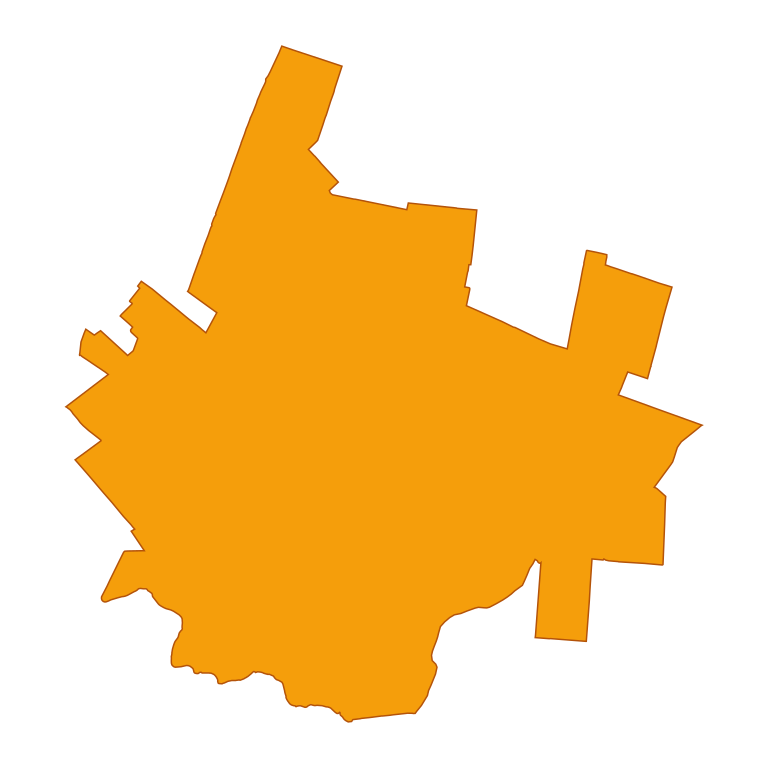 Ileana, Calarasi, Romania
{"feature_id": "2599482B99093410988413", "entity_name": "Ileana", "entity_type": "district", "adm_level": 2, "iso_a3": "ROU", "parent_name": "Romania", "parent_adm1": "Calarasi", "projection": "orthographic", "projection_center": [26.682, 44.52], "detail": "fine", "context": "isolated", "style": "filled", "palette": "amber", "viewbox_px": 768, "rotation_deg": 0, "n_neighbors": 0, "source": "geoboundaries", "source_scale": "gbopen_adm2", "svg_char_len": 6090}
<svg xmlns="http://www.w3.org/2000/svg" viewBox="0 0 768 768"><path d="M586.3,641.3L589.3,601.2L590.2,585.8L592.0,559.0L593.5,559.1L603.1,560.0L603.9,559.0L605.7,560.1L608.8,560.8L618.2,561.6L618.6,561.8L644.5,563.4L662.3,565.0L662.8,564.7L663.0,564.5L664.6,524.8L665.3,502.6L665.7,496.4L657.2,488.8L656.0,488.0L654.2,487.3L670.7,464.8L672.6,462.0L672.8,461.5L674.3,457.1L677.3,447.5L678.7,445.4L681.0,442.2L681.5,441.6L696.5,429.6L700.9,425.9L702.1,425.2L659.6,409.9L618.3,394.9L621.5,387.7L622.4,385.2L627.7,372.0L647.5,378.6L650.6,367.0L651.0,366.5L651.0,365.4L651.4,363.9L656.3,346.0L656.5,344.9L663.5,316.8L665.9,308.0L672.0,287.1L659.2,283.2L638.9,276.1L631.7,273.7L631.5,273.8L616.9,268.8L611.0,266.9L606.4,265.2L605.4,265.0L605.9,261.3L606.8,257.1L606.8,255.9L606.8,254.7L602.3,253.6L596.5,252.3L587.0,250.4L586.8,250.5L586.5,250.7L583.9,262.8L583.9,263.4L583.9,264.3L582.8,268.7L578.6,291.2L575.0,308.0L571.6,325.1L569.3,337.9L567.2,348.9L550.4,343.9L538.8,338.9L514.9,327.4L513.5,327.2L502.8,321.9L466.4,305.7L469.7,289.9L469.8,288.7L469.7,288.2L469.1,287.7L464.7,286.9L467.6,272.1L468.1,270.9L468.9,264.7L470.8,264.7L472.0,255.7L473.2,245.4L476.8,210.0L457.1,208.3L456.4,208.0L408.3,203.0L406.8,209.7L371.1,202.4L355.3,199.2L353.9,199.1L332.6,194.8L331.8,194.3L330.3,193.0L329.3,190.5L338.3,182.1L320.2,162.5L320.3,162.4L314.9,156.2L314.4,155.9L309.2,150.3L308.4,149.4L315.6,142.5L317.6,140.4L322.8,125.1L324.9,118.5L325.6,116.6L326.2,115.3L330.6,101.3L333.5,93.3L334.2,91.0L334.6,88.9L342.0,66.2L292.2,49.7L281.8,46.1L279.1,52.7L270.3,71.5L268.1,75.8L265.8,78.9L265.7,79.6L265.7,80.6L265.6,81.8L264.7,83.9L262.3,88.8L260.7,92.2L259.8,94.6L257.4,100.1L256.5,103.2L253.4,111.2L250.8,117.1L250.5,117.5L249.6,120.3L247.7,125.4L246.3,128.6L244.5,134.1L241.1,143.1L241.1,143.5L237.6,153.3L231.8,169.0L229.5,176.1L227.3,182.3L223.5,192.6L221.0,199.1L215.6,213.5L216.0,214.8L215.7,215.0L215.0,216.1L213.7,218.5L212.6,221.6L211.8,223.7L211.7,224.6L211.9,225.8L211.7,226.3L211.3,226.6L210.6,228.2L208.2,235.3L204.8,243.9L202.1,251.7L201.9,253.3L200.8,255.7L199.6,258.8L194.6,272.6L194.3,273.3L189.3,287.8L188.3,290.4L187.6,291.4L189.8,293.1L216.8,312.7L205.9,332.8L202.2,329.8L199.7,327.5L188.5,318.9L171.1,304.5L165.2,299.8L152.3,289.1L141.3,281.3L137.7,286.1L139.7,288.2L129.6,300.9L129.6,301.2L129.7,301.5L132.0,303.2L132.1,303.6L131.9,304.1L121.5,314.4L120.2,316.0L128.5,323.3L132.6,327.1L130.7,329.8L130.6,330.7L130.8,331.5L131.4,332.4L137.5,338.0L137.7,338.6L133.4,350.3L132.9,351.1L127.6,355.5L125.9,353.8L100.6,330.7L97.3,332.9L94.3,335.1L85.8,329.2L84.1,333.3L81.0,342.0L79.9,352.5L79.5,354.9L79.6,355.3L80.1,355.1L80.6,355.3L82.3,356.7L86.4,359.4L105.1,372.0L108.3,374.5L65.9,406.8L67.0,407.4L67.8,408.1L70.1,409.8L70.9,410.7L72.0,412.1L73.0,413.7L77.4,418.8L80.3,422.7L83.2,425.7L88.6,430.5L100.9,440.1L101.0,440.8L75.1,459.8L88.1,474.7L104.1,493.5L111.8,502.3L123.5,516.5L130.9,524.6L132.7,526.9L134.7,529.1L131.2,531.2L144.3,550.7L127.8,551.0L124.7,551.2L124.1,551.7L123.5,552.5L122.0,555.5L109.9,580.1L107.1,586.1L101.6,596.7L101.5,597.3L101.5,598.9L102.1,600.4L103.3,601.5L104.9,602.0L106.3,601.8L108.7,600.9L110.7,599.9L117.7,597.8L121.8,596.7L123.5,596.5L125.0,596.2L127.2,595.4L128.4,594.8L134.1,591.7L135.7,591.0L137.0,590.2L138.6,588.7L140.5,588.4L143.4,588.8L146.0,588.8L146.7,589.1L147.3,589.7L147.7,590.5L149.8,591.8L150.4,592.4L151.7,593.2L152.3,594.5L152.4,595.0L152.4,595.9L152.8,596.8L158.4,604.0L159.2,604.8L160.6,605.8L163.6,607.5L166.0,608.6L170.7,609.9L173.5,611.2L179.1,614.8L181.0,616.7L182.1,618.6L182.4,622.9L182.1,626.1L182.1,627.7L182.3,628.5L182.0,629.7L180.4,631.3L179.2,633.1L178.2,636.9L177.7,637.9L175.4,641.0L174.7,642.2L173.7,644.9L172.5,649.0L171.9,652.7L171.9,653.5L171.7,654.9L171.3,656.5L171.4,658.1L171.3,661.1L171.4,663.2L171.7,664.3L172.1,665.2L172.9,666.0L174.1,666.9L175.4,667.2L181.1,666.7L186.4,665.5L188.2,665.6L190.0,666.2L192.6,668.2L193.2,669.0L194.0,672.2L194.5,672.9L195.4,673.3L197.1,673.6L198.2,673.5L200.0,672.3L201.2,672.3L202.1,673.0L202.6,673.0L208.7,673.0L211.2,673.2L213.6,674.3L214.5,674.9L215.5,676.0L216.4,677.2L216.7,677.9L217.2,678.5L217.8,680.5L217.7,681.3L218.1,683.0L218.5,683.4L219.5,683.6L222.1,683.8L223.3,683.2L224.3,683.0L228.0,681.3L231.8,680.5L235.6,680.5L236.6,680.3L238.9,680.0L239.5,680.0L239.8,680.2L240.2,680.2L243.9,678.8L244.8,678.2L246.4,677.4L246.8,677.0L247.6,676.7L248.0,676.3L248.2,676.2L251.1,673.8L253.1,671.9L253.9,671.5L255.1,672.0L255.5,672.5L257.7,671.8L260.6,672.1L262.5,672.6L263.9,673.3L266.7,674.1L267.3,674.1L267.8,674.4L269.4,674.3L273.5,676.1L274.0,676.8L274.3,677.5L274.9,678.1L275.2,678.5L276.4,679.6L278.7,680.4L281.9,682.2L282.6,683.4L283.0,684.3L284.6,690.7L284.7,691.6L285.1,693.3L286.0,696.1L286.0,697.5L286.3,698.4L286.8,699.4L287.6,700.8L289.6,703.6L290.7,704.5L291.8,705.1L293.7,705.7L295.0,705.8L295.8,706.6L296.3,706.6L296.9,706.2L297.6,706.1L299.1,705.8L300.6,705.8L305.0,707.3L306.1,707.2L307.0,706.8L308.3,705.7L310.6,704.7L311.1,704.7L313.6,705.4L314.9,705.6L317.1,705.3L322.2,705.7L326.0,706.8L328.0,707.0L329.7,707.6L330.6,708.0L335.1,712.2L336.2,713.0L337.1,713.5L338.4,713.4L339.7,712.3L339.9,712.5L340.0,712.7L340.1,714.3L340.3,714.8L340.5,715.2L341.9,716.4L342.8,717.3L343.3,718.2L344.3,719.5L345.9,720.7L348.2,721.9L351.6,721.5L352.4,720.2L352.9,719.6L360.3,718.7L361.4,718.4L370.0,717.5L381.6,716.0L382.5,716.0L389.6,715.3L393.1,714.8L406.0,713.4L407.5,713.2L412.5,713.3L413.3,713.5L415.2,713.4L416.6,711.4L421.4,705.5L427.4,695.6L428.6,690.5L431.1,685.0L435.5,674.1L437.0,667.2L435.8,664.2L432.2,660.6L431.5,655.3L432.5,651.0L434.3,646.1L436.3,641.0L437.7,636.7L438.6,632.9L440.4,626.6L444.6,621.9L449.8,617.5L454.4,614.8L460.8,613.5L467.3,610.9L475.1,608.1L478.4,607.3L484.3,607.8L486.8,607.9L489.5,607.2L496.4,603.6L502.9,599.9L507.3,597.0L511.3,594.0L514.8,590.8L522.4,585.3L524.3,581.2L526.9,575.3L529.7,568.4L532.9,563.8L535.1,559.4L537.1,560.6L537.4,561.0L537.9,562.0L539.0,563.0L539.7,563.2L540.4,563.3L540.9,562.8L535.5,635.2L535.2,637.6L549.2,638.7L550.5,638.6L585.3,641.3L586.3,641.3Z" fill="#f59e0b" stroke="#b45309" stroke-width="1.5"/></svg>